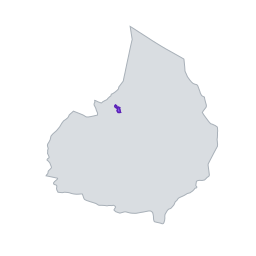 Dire Dawa highlighted on a map of Ethiopia, rotated 261°
{"feature_id": "ETH-3135", "entity_name": "Dire Dawa", "entity_type": "Administrative State", "adm_level": 1, "iso_a3": "ETH", "parent_name": "Ethiopia", "parent_adm1": "", "projection": "natural_earth1", "projection_center": [42.031, 9.627], "detail": "fine", "context": "in_parent", "style": "filled", "palette": "violet", "viewbox_px": 256, "rotation_deg": 261, "n_neighbors": 0, "source": "natural_earth", "source_scale": "10m", "svg_char_len": 4068}
<svg xmlns="http://www.w3.org/2000/svg" viewBox="0 0 256 256"><g transform="rotate(261 128 128)"><path d="M58.1,184.9L57.9,184.6L56.8,183.5L55.7,182.0L55.0,180.5L54.3,179.2L54.0,176.3L53.2,174.5L52.4,172.3L51.3,168.2L50.7,166.7L49.8,165.8L48.8,164.9L47.7,163.1L45.0,161.4L43.9,160.2L42.1,158.0L41.7,156.9L41.6,155.8L41.0,154.7L40.0,153.6L36.9,151.1L36.0,150.8L34.9,150.5L33.2,150.3L31.0,149.7L29.0,148.7L28.2,148.0L28.0,147.5L28.1,146.7L28.9,145.3L30.2,142.1L31.1,139.8L31.8,139.2L33.5,139.0L35.3,139.1L36.6,139.3L38.5,139.3L40.8,139.1L41.6,138.3L42.4,137.5L42.6,136.9L42.8,135.5L42.8,134.3L42.6,129.8L42.6,127.1L42.5,123.9L42.5,123.3L42.5,122.5L43.1,119.1L43.6,117.2L44.0,116.2L45.4,113.0L45.7,112.0L45.7,111.0L45.2,106.7L46.2,104.7L47.3,102.7L48.4,101.9L49.2,101.3L49.6,101.5L50.6,102.4L51.9,103.4L52.5,103.2L53.4,102.4L54.0,101.5L53.9,100.0L54.5,96.9L54.4,95.1L55.1,92.9L55.8,89.8L56.1,87.8L56.5,86.7L58.4,84.6L60.0,81.5L61.1,79.2L63.0,75.6L64.0,74.2L64.8,73.6L66.0,73.3L68.3,72.9L69.9,72.6L70.1,72.1L70.2,71.4L70.3,69.7L70.6,66.9L71.3,64.2L72.1,62.1L72.6,61.1L73.1,60.2L73.7,58.6L74.5,55.3L74.4,53.0L75.5,48.8L75.8,48.8L77.6,48.1L79.4,47.9L81.1,48.5L82.2,48.6L82.7,48.3L83.2,47.6L83.6,46.5L84.3,45.9L85.3,45.8L86.5,47.0L88.6,50.4L89.1,50.6L89.4,50.5L90.5,47.8L91.3,45.7L92.8,41.8L93.6,39.6L94.4,40.2L95.2,41.4L96.1,41.9L97.0,42.2L97.5,42.3L98.1,42.7L100.1,45.5L100.9,46.2L101.8,46.2L105.9,45.3L108.3,43.7L108.7,43.1L109.4,43.1L110.2,43.8L110.5,44.5L111.0,45.4L112.0,45.5L114.3,44.9L115.5,44.5L116.4,44.8L117.7,45.1L118.4,45.1L120.3,46.0L122.5,45.7L123.5,45.7L124.6,46.1L126.3,47.6L128.6,49.3L131.9,50.6L132.5,51.1L134.1,53.1L136.5,56.9L139.7,60.6L143.2,63.5L145.1,65.5L146.3,68.0L147.6,70.2L148.8,71.2L150.0,71.9L151.2,73.6L152.0,75.0L153.2,76.7L151.9,78.9L150.2,81.8L148.1,85.3L147.5,86.1L145.7,88.2L145.4,88.8L145.1,90.3L145.1,93.0L145.3,96.5L145.5,99.7L146.5,100.1L147.6,100.3L148.9,99.9L150.4,99.5L152.3,99.3L154.4,98.7L155.6,98.2L156.9,98.2L158.1,98.8L158.6,99.3L159.4,99.4L160.5,99.4L160.3,100.0L159.7,100.9L159.0,101.8L158.4,102.7L157.0,105.3L156.9,105.6L157.1,106.1L157.9,107.3L158.6,109.2L159.1,110.9L159.4,111.8L160.4,112.8L161.7,114.7L162.4,116.1L164.0,116.8L164.4,118.5L165.6,121.0L166.8,123.0L168.0,124.6L169.3,125.2L169.8,125.2L172.6,128.1L174.7,130.3L175.2,130.7L179.0,132.1L183.3,133.8L186.8,135.1L191.3,136.8L195.7,138.5L199.8,140.1L205.6,142.3L210.2,144.1L213.9,145.6L214.7,146.0L228.0,146.0L224.8,149.7L221.0,153.9L217.1,158.3L214.6,161.1L210.6,165.5L207.3,169.3L203.9,173.3L200.8,177.0L196.8,182.1L194.2,185.4L190.1,190.6L187.5,193.8L187.2,194.0L183.5,193.8L179.9,193.6L175.3,193.2L174.8,193.3L173.5,193.6L172.7,193.9L169.4,194.7L168.8,195.0L166.0,196.4L163.3,198.0L161.8,199.3L160.7,201.1L160.2,202.4L159.7,203.0L158.8,203.5L152.9,204.7L151.2,204.9L148.5,205.8L147.1,207.5L146.6,208.3L144.7,208.3L141.3,208.6L139.8,208.8L139.1,208.9L137.8,208.9L136.7,208.6L136.0,208.1L135.1,207.1L133.1,205.0L131.7,203.8L128.5,205.2L125.6,206.7L121.6,208.8L119.3,210.3L118.6,211.8L116.8,214.5L115.2,216.2L114.6,216.4L111.0,216.1L109.7,215.7L107.6,215.4L104.7,214.8L102.8,214.2L100.7,214.1L97.7,213.9L95.8,213.4L93.9,211.9L91.5,210.1L89.0,208.2L86.4,206.3L83.3,204.0L80.0,201.6L79.2,201.4L78.9,201.3L75.3,201.2L71.5,201.1L69.0,201.0L68.2,200.7L67.6,200.2L66.8,198.4L65.8,197.1L64.7,195.5L64.6,193.3L65.0,190.8L65.2,190.1L65.1,189.3L65.1,188.2L64.5,187.2L60.8,186.0L60.2,186.1L59.6,186.5L58.9,186.8L58.4,186.5L58.1,186.1L58.1,185.4L58.1,184.9Z" fill="#d9dde1" stroke="#a8b0b8" stroke-width="1"/><path d="M152.7,119.3L152.0,119.9L151.8,120.1L151.6,120.3L150.9,120.3L150.6,120.5L150.2,120.7L150.0,120.9L149.9,121.0L150.0,121.2L150.2,121.7L150.2,122.0L149.8,122.4L149.4,122.7L149.2,123.1L148.4,122.6L148.1,122.6L147.3,123.0L147.2,123.0L146.8,123.0L146.4,122.9L145.9,123.0L145.5,122.9L145.1,122.9L144.7,123.1L144.6,122.4L144.7,121.4L145.0,120.5L145.5,120.4L145.8,120.4L146.4,119.9L146.8,119.8L147.1,120.0L148.1,120.6L148.5,120.8L148.7,120.7L150.3,118.9L150.9,118.4L151.6,118.3L152.2,118.6L152.7,119.3Z" fill="#8b5cf6" stroke="#5b21b6" stroke-width="1.5"/></g></svg>